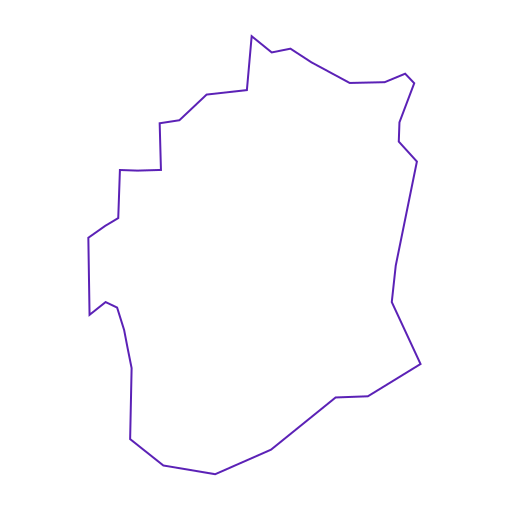 outline of Gramsh, Elbasan, Albania, rotated 92°
{"feature_id": "67620474B60363170083379", "entity_name": "Gramsh", "entity_type": "district", "adm_level": 2, "iso_a3": "ALB", "parent_name": "Albania", "parent_adm1": "Elbasan", "projection": "mercator", "projection_center": [20.218, 40.831], "detail": "fine", "context": "isolated", "style": "outline", "palette": "violet", "viewbox_px": 512, "rotation_deg": 92, "n_neighbors": 0, "source": "geoboundaries", "source_scale": "gbopen_adm2", "svg_char_len": 596}
<svg xmlns="http://www.w3.org/2000/svg" viewBox="0 0 512 512"><g transform="rotate(92 256 256)"><path d="M60.5,207.4L47.6,228.8L52.0,247.4L36.5,268.0L90.5,270.9L96.4,311.0L123.0,337.3L126.7,356.9L173.3,354.0L174.8,377.4L174.8,395.0L222.9,395.0L231.1,407.7L243.6,424.2L320.6,420.3L307.3,404.7L312.4,393.0L334.6,385.2L351.7,381.3L372.4,376.4L443.4,375.4L468.6,341.3L475.5,289.2L449.0,234.2L394.6,171.5L392.3,139.3L358.2,87.8L297.3,118.7L260.7,116.0L156.0,98.5L136.7,117.3L117.4,117.3L77.8,103.9L68.6,113.3L77.8,133.5L79.8,168.4L60.5,207.4Z" fill="none" stroke="#5b21b6" stroke-width="2"/></g></svg>